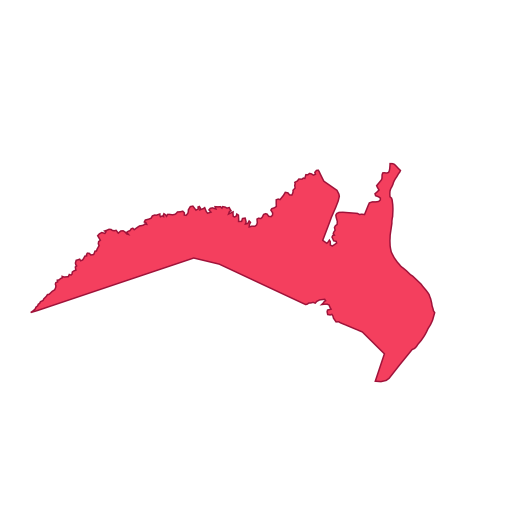 the district of Curuá, Pará, Brazil, rotated 292°
{"feature_id": "56859067B85685646655485", "entity_name": "Curuá", "entity_type": "district", "adm_level": 2, "iso_a3": "BRA", "parent_name": "Brazil", "parent_adm1": "Pará", "projection": "albers", "projection_center": [-55.089, -1.793], "detail": "fine", "context": "isolated", "style": "filled", "palette": "rose", "viewbox_px": 512, "rotation_deg": 292, "n_neighbors": 0, "source": "geoboundaries", "source_scale": "gbopen_adm2", "svg_char_len": 4981}
<svg xmlns="http://www.w3.org/2000/svg" viewBox="0 0 512 512"><g transform="rotate(292 256 256)"><path d="M119.2,68.3L123.4,73.6L184.6,145.0L230.8,199.0L232.3,208.9L234.7,225.0L231.9,276.1L229.7,317.4L229.6,320.3L230.7,321.7L232.1,322.5L233.0,324.4L234.4,326.3L234.5,328.6L236.6,329.3L239.1,331.4L241.6,335.9L240.6,337.3L239.5,336.4L237.6,336.0L235.6,335.1L237.0,337.6L238.0,340.1L237.9,342.2L236.8,343.1L234.8,345.5L233.8,344.1L232.7,342.6L231.0,342.8L228.6,344.4L229.1,346.8L230.3,348.2L229.1,349.9L227.4,351.1L224.9,354.9L226.0,357.3L225.7,359.3L225.6,369.4L225.4,383.1L215.2,407.4L213.4,411.7L184.6,413.5L186.3,418.9L189.4,423.3L192.4,425.2L209.0,430.0L227.8,435.8L229.4,437.4L230.8,438.2L232.7,438.8L234.5,439.1L239.7,440.8L244.2,441.8L246.6,442.2L249.3,442.5L253.1,442.7L257.7,443.5L261.2,443.7L263.1,443.7L266.7,443.3L270.4,442.9L271.6,441.1L273.2,440.0L275.8,437.9L278.3,436.4L281.8,433.9L283.1,432.6L285.0,431.0L286.1,429.5L287.8,426.7L290.5,421.6L291.7,419.7L296.0,408.9L296.6,406.0L297.4,404.0L298.6,401.1L299.9,397.1L300.3,395.4L300.9,393.7L301.8,392.2L303.3,389.2L306.2,384.7L309.2,381.2L310.5,379.8L313.2,378.0L315.7,376.5L317.3,375.8L320.4,374.4L322.5,373.7L325.5,372.6L328.3,371.9L330.4,371.4L337.0,369.8L339.3,368.9L341.9,368.2L343.7,367.9L349.4,365.9L351.2,365.2L354.7,363.6L359.0,361.2L360.4,360.0L361.1,358.0L364.2,356.6L366.4,355.9L369.0,355.7L371.1,356.0L373.8,356.1L375.4,355.9L377.9,356.0L380.0,356.3L382.2,356.8L385.8,357.3L387.4,357.8L389.4,357.9L390.4,355.4L391.9,352.2L392.8,350.0L392.8,348.1L391.9,345.7L389.9,346.4L387.0,347.3L384.9,347.7L383.1,347.6L381.8,346.0L381.2,343.6L380.5,342.4L378.5,342.5L376.9,343.1L374.9,343.8L373.3,343.7L371.7,343.2L366.4,341.5L365.0,343.0L363.3,345.3L360.6,344.2L358.3,343.0L356.7,344.3L356.8,347.4L356.3,349.6L354.6,350.3L352.5,349.3L351.0,346.7L349.7,343.5L347.7,341.2L345.2,341.1L335.1,341.1L334.3,338.2L333.2,336.4L333.5,334.1L329.1,320.2L327.5,316.6L325.7,315.0L323.8,314.7L321.8,315.9L318.6,318.4L315.7,319.4L313.8,318.3L311.8,318.1L309.5,319.7L307.5,319.2L305.8,319.2L304.7,320.8L303.9,319.5L302.0,319.4L299.2,322.3L299.6,324.9L298.2,325.9L296.4,324.8L293.8,323.0L294.0,320.8L297.1,319.5L298.2,318.1L295.9,317.6L294.3,316.8L295.5,312.0L314.8,311.6L320.1,311.4L331.1,311.7L337.9,311.6L342.5,310.9L344.4,309.7L347.2,306.5L350.4,292.4L350.8,290.8L356.6,284.3L357.7,283.2L358.9,281.6L358.0,280.0L355.6,279.2L354.1,280.5L352.5,279.0L352.9,276.6L352.6,274.7L350.7,273.6L350.1,271.8L346.2,272.2L346.0,270.7L344.4,269.8L343.4,266.9L341.0,266.2L338.8,264.4L337.6,265.3L336.1,265.4L333.7,266.8L330.8,265.7L329.3,266.4L327.6,266.5L325.9,266.4L325.2,264.2L326.5,262.0L326.0,259.3L322.7,258.8L317.3,257.2L317.1,255.3L315.7,253.7L312.2,255.1L309.5,256.3L307.7,255.1L305.8,252.9L304.1,252.6L302.2,255.3L300.1,256.0L298.2,255.3L297.5,252.9L299.0,250.6L298.8,249.0L297.4,247.5L294.0,247.2L292.5,246.4L292.0,244.2L290.6,243.1L287.2,244.8L284.9,244.9L283.1,243.8L282.1,241.0L280.4,238.8L282.8,238.1L285.1,238.3L285.9,236.5L283.1,236.2L281.7,234.2L283.8,234.1L285.7,232.8L287.1,231.7L285.7,229.4L282.7,229.7L281.5,226.9L283.6,226.2L287.3,224.4L287.7,222.5L285.6,222.7L284.1,221.5L284.3,220.0L286.6,218.8L288.3,218.2L284.6,214.8L287.3,214.7L288.6,215.9L289.9,214.1L290.9,213.0L289.5,211.1L289.8,209.2L289.3,206.6L287.6,206.5L288.4,204.6L287.3,202.3L286.4,199.6L284.6,201.2L284.3,197.6L283.1,195.8L281.1,195.1L279.8,197.8L277.5,195.1L278.6,193.2L281.6,190.3L280.1,189.3L277.9,186.8L279.5,186.6L280.7,184.9L279.6,183.9L278.3,185.0L276.0,183.2L278.6,178.8L277.2,176.6L275.4,176.3L273.5,176.0L271.4,176.7L269.9,176.8L267.5,176.0L267.1,174.2L269.2,173.4L270.1,171.3L268.7,169.3L267.4,166.7L265.6,166.1L264.3,165.3L262.9,163.2L262.1,160.0L261.4,158.4L259.3,158.2L260.3,156.6L260.7,154.8L259.1,154.8L257.9,155.5L257.9,154.0L256.6,152.7L257.6,151.7L258.9,151.1L256.4,148.2L256.1,146.8L254.4,144.9L251.8,144.6L250.2,143.0L247.9,139.9L245.7,139.7L245.6,141.5L244.4,142.8L243.9,140.8L242.5,140.2L241.1,138.2L240.3,136.8L238.3,135.4L234.8,133.2L235.6,131.4L234.4,130.1L232.4,129.7L231.1,128.3L229.5,127.2L228.2,129.6L228.0,128.0L229.2,125.6L229.6,123.4L228.6,121.3L225.6,119.7L227.4,116.7L226.3,115.1L225.9,113.2L226.3,111.7L225.7,109.7L224.2,108.3L222.5,106.3L222.2,107.8L220.3,107.4L220.0,104.2L217.9,102.5L215.5,101.6L212.3,105.8L210.4,104.7L208.3,105.2L206.8,106.6L202.9,106.1L200.9,106.2L200.2,104.9L198.3,105.0L196.5,104.9L195.1,102.5L196.0,100.5L195.5,98.6L194.1,98.3L192.7,98.9L191.8,97.4L189.1,97.1L187.3,96.7L185.9,95.2L187.0,93.7L185.8,92.4L184.7,90.9L181.8,91.2L180.4,92.2L179.6,93.4L178.1,92.6L175.4,94.3L174.3,93.0L172.4,91.7L170.3,92.2L169.0,91.6L168.9,89.8L166.5,89.7L164.6,85.9L164.5,83.9L163.2,84.5L161.8,83.2L160.2,82.5L159.1,80.8L157.8,81.8L156.3,80.4L154.8,80.5L153.3,81.7L151.4,82.1L149.2,82.0L146.9,80.3L143.0,78.6L142.1,77.1L140.0,76.7L136.8,75.3L135.0,75.2L132.9,73.3L131.0,73.1L129.7,72.2L127.8,72.2L126.1,71.1L124.5,71.2L123.1,70.6L121.7,69.9L119.2,68.3Z" fill="#f43f5e" stroke="#9f1239" stroke-width="1.5"/></g></svg>